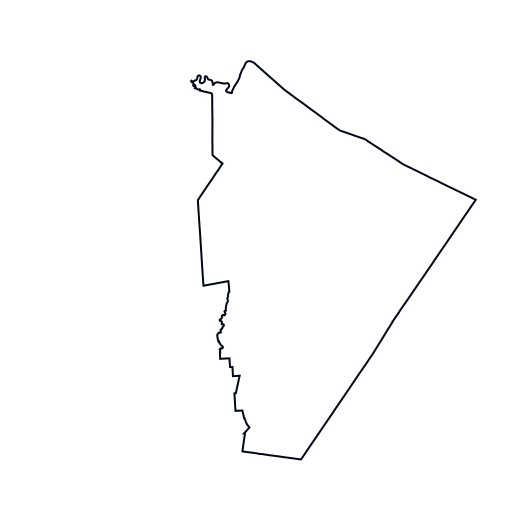 Ongkharak, Nakhon Nayok, Thailand (Mercator projection), rotated 214°
{"feature_id": "78962969B80179535824157", "entity_name": "Ongkharak", "entity_type": "district", "adm_level": 2, "iso_a3": "THA", "parent_name": "Thailand", "parent_adm1": "Nakhon Nayok", "projection": "mercator", "projection_center": [101.067, 14.102], "detail": "fine", "context": "isolated", "style": "outline", "palette": "ink", "viewbox_px": 512, "rotation_deg": 214, "n_neighbors": 0, "source": "geoboundaries", "source_scale": "gbopen_adm2", "svg_char_len": 5960}
<svg xmlns="http://www.w3.org/2000/svg" viewBox="0 0 512 512"><g transform="rotate(214 256 256)"><path d="M142.8,93.6L141.8,94.1L141.2,94.7L138.5,96.0L134.4,97.9L124.9,102.7L120.8,104.6L117.1,106.5L105.1,112.4L105.0,112.5L104.9,112.7L104.9,119.1L104.9,121.1L104.9,127.1L104.7,168.0L104.7,177.3L104.6,191.0L104.6,210.4L104.6,217.3L104.4,228.6L104.5,236.0L104.4,239.3L104.5,241.9L104.9,251.2L104.9,253.1L105.2,259.2L105.5,266.3L105.9,277.1L106.1,277.7L106.0,277.8L105.9,277.9L106.1,278.3L106.1,278.6L106.0,288.9L106.1,290.6L106.0,299.5L105.9,301.3L106.0,302.2L105.9,303.3L105.9,304.2L105.9,305.0L105.9,306.9L105.9,315.8L105.8,316.2L105.8,316.6L105.8,317.3L105.9,317.6L105.8,318.3L105.8,318.7L105.8,320.8L105.9,321.2L105.8,321.9L105.8,327.8L105.7,331.2L105.7,333.1L105.7,339.0L105.7,339.3L105.6,349.2L105.7,353.0L105.6,358.4L105.6,361.3L105.6,365.2L105.5,370.6L105.4,406.4L105.3,419.4L105.2,421.6L105.3,425.5L117.5,423.8L127.8,422.3L138.2,420.8L143.6,420.1L146.3,419.8L155.9,418.3L160.4,417.8L178.4,415.3L184.5,414.4L186.3,414.3L192.0,414.3L203.5,414.1L205.4,414.1L208.4,413.9L211.5,414.0L222.7,413.8L227.3,413.7L228.8,413.8L231.4,413.7L241.5,410.9L245.8,409.9L247.5,409.3L248.4,409.1L249.2,409.0L250.8,408.5L256.1,407.1L257.4,407.0L259.5,407.0L262.2,407.0L265.4,407.2L276.7,407.6L278.2,407.8L279.1,407.8L287.5,408.2L292.1,408.3L302.1,408.8L310.7,409.0L320.3,409.5L325.4,409.7L325.9,409.7L327.7,410.0L341.9,411.9L343.7,412.1L346.9,412.5L366.1,415.1L366.6,414.9L367.9,414.7L369.0,414.5L369.8,414.2L370.6,413.7L371.5,412.9L371.8,412.5L372.2,411.9L372.3,411.5L372.4,410.6L372.4,409.5L372.2,408.7L371.7,406.1L371.6,405.8L371.6,404.1L371.6,403.5L371.4,401.5L371.2,400.8L370.6,397.7L370.0,396.0L369.6,395.0L369.2,393.6L368.8,389.4L368.8,388.6L368.8,384.9L368.6,383.3L368.1,380.0L367.8,378.7L367.7,378.2L367.2,377.8L367.2,377.6L367.4,377.4L367.8,377.1L370.2,376.3L371.3,376.0L372.0,375.9L372.6,375.9L373.0,376.1L373.3,376.4L373.4,376.7L373.5,377.0L373.1,380.2L373.1,381.1L373.2,381.7L373.4,382.2L373.9,382.6L374.9,383.3L375.2,383.4L375.6,383.5L376.1,383.4L376.5,383.1L377.8,382.0L378.5,381.4L378.9,381.2L379.4,380.9L380.3,380.4L382.3,379.6L384.1,379.0L384.5,378.8L385.6,378.1L386.5,377.0L386.7,376.5L386.9,376.1L387.0,375.7L387.0,374.0L387.1,373.9L387.5,373.8L388.4,374.8L389.4,375.9L390.0,376.4L390.4,376.6L391.0,376.7L391.5,376.7L392.5,376.4L393.4,376.0L393.9,375.9L394.3,375.8L394.8,375.9L396.2,376.7L396.8,377.0L397.5,377.1L398.0,377.0L398.4,376.7L398.6,376.4L398.6,376.1L398.5,375.6L398.3,375.3L397.0,373.7L396.5,372.8L396.4,372.4L396.3,372.0L396.3,371.3L396.5,370.8L396.9,369.9L397.4,369.1L397.8,368.7L398.2,368.6L398.5,368.5L399.2,368.5L399.4,368.6L399.8,368.8L400.2,369.1L400.4,369.5L400.5,369.7L400.7,370.3L401.1,371.8L401.7,373.1L401.9,373.5L402.3,373.9L402.8,374.1L403.5,374.1L403.9,374.0L404.3,373.8L404.5,373.5L404.7,373.1L404.8,372.4L404.7,371.6L404.5,371.2L403.9,369.8L403.8,369.2L403.9,368.6L404.3,368.1L405.6,365.9L406.1,365.2L406.4,365.0L406.8,364.9L407.2,364.9L407.5,365.1L407.6,364.8L407.5,364.7L407.2,364.4L406.5,364.2L406.1,364.2L405.6,364.4L405.2,364.4L404.6,364.2L404.0,363.9L403.7,363.7L403.6,363.4L403.7,362.8L403.5,362.2L403.3,362.1L402.8,362.1L402.6,362.2L402.5,362.5L402.4,363.1L402.4,363.3L402.2,363.4L402.0,363.5L401.6,363.4L401.1,363.0L400.7,362.4L400.6,362.1L400.9,361.5L400.9,361.3L400.8,361.0L400.6,360.9L400.1,361.0L399.7,361.1L399.4,361.3L398.9,361.7L397.9,361.5L397.1,361.6L396.8,361.9L396.2,362.6L395.7,362.8L395.4,362.8L395.2,362.7L394.9,361.8L392.7,362.7L390.5,363.5L388.5,364.3L385.3,365.5L383.7,366.0L383.4,366.0L383.2,365.9L382.4,365.0L375.0,354.2L368.1,344.3L365.5,340.4L359.2,331.0L356.6,327.1L352.3,321.0L349.7,317.1L349.1,316.3L348.5,315.6L348.2,315.3L347.7,315.2L342.1,314.6L338.5,314.2L338.2,314.1L337.8,314.1L337.5,314.0L337.4,314.2L337.0,314.1L335.5,314.0L335.4,306.7L335.3,305.7L335.4,305.0L335.5,304.5L335.5,300.6L335.4,298.1L335.5,288.5L335.5,286.8L335.5,272.7L335.4,269.8L333.8,267.7L332.7,266.2L331.4,264.6L330.1,262.8L325.5,256.9L323.5,254.3L313.9,242.0L292.3,214.0L284.2,203.6L282.9,202.0L265.0,219.6L264.9,219.7L261.2,215.4L258.2,211.6L258.6,211.3L258.6,211.2L257.4,207.9L256.8,207.0L256.4,206.5L256.2,204.9L255.0,204.0L254.5,203.2L253.9,202.5L253.8,201.9L253.8,200.8L253.8,200.3L253.7,200.0L253.3,199.3L253.0,198.0L252.4,197.0L251.5,195.3L250.4,193.9L251.1,193.3L251.2,193.0L251.2,192.6L250.9,192.2L249.5,191.4L248.9,190.8L248.8,190.5L248.8,190.0L248.8,189.7L249.0,189.2L249.4,188.9L249.7,188.9L250.0,189.0L250.2,188.7L250.5,188.6L250.7,188.1L250.9,187.5L250.9,187.4L250.4,187.0L250.0,186.4L249.8,186.1L249.7,185.5L249.8,184.5L250.4,182.9L250.4,182.7L250.1,182.3L249.8,182.2L249.5,182.2L248.7,182.5L248.3,182.6L248.0,182.5L247.7,182.4L247.4,182.2L247.2,181.9L246.9,180.9L246.6,180.5L246.4,180.4L246.0,180.4L245.3,181.0L244.8,181.2L244.6,181.1L244.2,180.9L244.0,180.7L243.8,180.5L243.8,180.0L243.9,178.0L243.8,177.6L243.4,176.9L243.4,176.7L244.0,175.5L244.1,175.2L244.0,174.9L243.9,174.7L242.5,173.3L242.4,173.0L242.4,172.8L242.5,172.6L243.8,171.8L244.0,171.6L244.0,171.2L244.1,169.1L244.0,168.9L242.9,167.5L241.9,166.4L239.4,164.1L238.8,164.5L238.6,164.3L238.3,163.8L238.2,163.7L237.9,163.6L237.1,163.4L236.7,163.3L236.3,163.1L235.7,162.6L235.4,162.5L234.1,162.6L233.6,162.4L233.0,162.3L232.6,162.1L232.3,161.9L232.3,161.6L232.7,161.1L232.7,160.9L232.4,160.5L232.5,160.4L232.6,160.2L233.2,160.1L233.3,160.0L233.4,159.5L233.8,159.1L233.8,158.2L233.7,158.2L233.2,158.0L232.9,157.7L232.5,157.0L232.3,156.4L231.8,156.3L231.7,156.2L231.7,155.6L231.7,155.4L229.6,152.7L228.2,150.7L225.1,153.1L220.8,156.3L215.4,149.4L213.5,150.9L207.9,143.5L202.6,147.6L196.0,131.0L197.1,130.1L190.3,121.2L186.4,116.1L180.9,120.3L180.5,119.8L180.2,119.6L175.1,114.9L174.7,115.1L174.4,114.7L174.2,114.4L173.5,114.1L170.4,112.0L169.6,111.5L165.6,110.1L166.7,102.2L165.9,102.7L160.2,90.9L158.4,87.2L158.0,86.5L157.9,86.5L153.7,88.5L148.0,91.4L144.4,93.1L143.7,93.4L142.8,93.6Z" fill="none" stroke="#020617" stroke-width="2"/></g></svg>